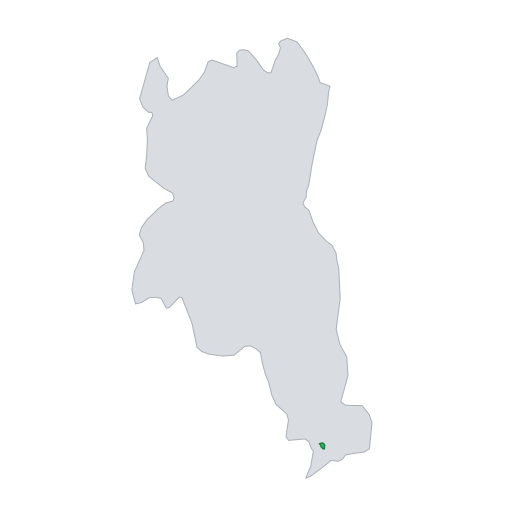 Slovenia, with Odranci highlighted, rotated 93°
{"feature_id": "SVN-1046", "entity_name": "Odranci", "entity_type": "Municipality", "adm_level": 1, "iso_a3": "SVN", "parent_name": "Slovenia", "parent_adm1": "", "projection": "robinson", "projection_center": [16.274, 46.584], "detail": "fine", "context": "in_parent", "style": "filled", "palette": "green", "viewbox_px": 512, "rotation_deg": 93, "n_neighbors": 0, "source": "natural_earth", "source_scale": "10m", "svg_char_len": 1927}
<svg xmlns="http://www.w3.org/2000/svg" viewBox="0 0 512 512"><g transform="rotate(93 256 256)"><path d="M475.1,194.6L462.7,190.3L447.9,188.5L445.1,190.8L439.1,193.2L436.1,197.4L438.4,213.8L434.8,216.6L417.9,215.0L412.3,216.9L403.1,228.3L393.7,233.1L381.7,236.6L372.9,240.7L361.7,244.3L352.2,246.5L348.4,251.5L346.1,257.0L346.7,262.3L356.3,272.9L357.6,284.1L356.5,297.9L354.2,305.2L350.4,310.1L326.5,316.4L301.6,327.7L301.0,330.3L312.3,340.3L312.7,342.8L303.3,348.5L302.4,354.2L303.4,360.8L308.4,367.7L310.1,373.8L296.4,378.2L278.0,376.6L256.2,368.1L248.5,369.3L241.0,373.7L233.5,371.8L225.2,366.6L213.5,355.6L207.8,348.9L205.5,341.8L202.3,340.8L197.4,342.8L193.3,351.5L182.2,367.1L174.1,371.3L161.9,370.4L144.8,370.6L134.2,371.9L121.2,366.4L118.1,367.5L118.0,371.1L113.1,376.8L105.0,380.5L68.2,372.1L63.0,365.1L71.4,361.8L83.1,352.9L91.0,353.8L100.6,351.9L104.9,348.1L98.9,336.7L83.8,322.7L75.7,317.4L64.5,313.9L62.6,310.1L69.1,288.0L67.3,284.8L54.5,285.8L51.5,283.5L50.6,279.7L51.5,274.4L60.2,265.8L69.9,258.2L72.5,253.9L72.2,250.6L60.0,247.2L52.7,243.7L46.8,242.5L42.8,244.5L39.8,242.3L36.9,235.9L40.1,226.2L51.2,217.2L63.1,209.3L73.5,203.5L79.5,201.0L82.5,191.0L88.6,192.1L100.8,192.6L114.3,194.9L126.9,197.6L138.0,201.2L161.4,204.8L182.7,207.1L189.1,209.1L194.3,208.9L200.7,212.0L204.6,209.7L207.4,205.6L219.0,200.9L229.7,194.7L237.3,186.8L241.5,180.6L248.9,176.2L256.7,174.9L263.9,172.7L294.1,169.7L325.0,172.1L339.8,167.7L352.0,160.1L369.8,158.0L370.7,157.9L397.2,163.7L399.3,160.3L400.4,158.8L399.9,142.3L408.4,134.7L416.1,131.5L442.6,132.6L446.1,137.6L447.5,145.5L449.9,156.1L454.3,159.0L456.7,163.2L456.2,170.5L461.4,175.9L473.6,190.7L475.1,194.6Z" fill="#d9dde1" stroke="#a8b0b8" stroke-width="1"/><path d="M441.3,177.5L445.0,177.7L444.9,179.0L443.1,181.0L442.1,181.3L440.2,182.6L439.6,181.3L439.5,180.8L439.3,180.1L439.6,179.1L440.2,178.4L441.3,177.5Z" fill="#22c55e" stroke="#15803d" stroke-width="1.5"/></g></svg>